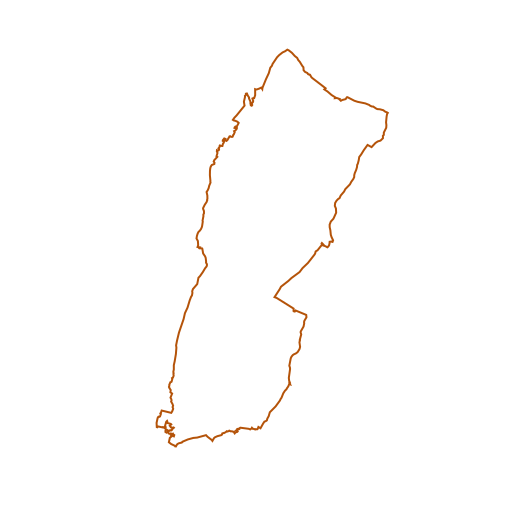 Izvoru Berheciului, Bacau, Romania, rotated 224°
{"feature_id": "2599482B69933223612688", "entity_name": "Izvoru Berheciului", "entity_type": "district", "adm_level": 2, "iso_a3": "ROU", "parent_name": "Romania", "parent_adm1": "Bacau", "projection": "albers", "projection_center": [27.223, 46.591], "detail": "fine", "context": "isolated", "style": "outline", "palette": "amber", "viewbox_px": 512, "rotation_deg": 224, "n_neighbors": 0, "source": "geoboundaries", "source_scale": "gbopen_adm2", "svg_char_len": 6070}
<svg xmlns="http://www.w3.org/2000/svg" viewBox="0 0 512 512"><g transform="rotate(224 256 256)"><path d="M367.2,337.9L366.1,338.1L364.8,338.9L362.6,339.7L360.9,339.7L359.9,336.2L360.2,334.7L360.7,334.7L360.7,333.6L360.4,333.2L359.5,334.0L359.5,335.4L358.6,334.8L358.1,333.6L358.1,331.8L358.5,330.6L357.3,330.2L356.4,327.9L356.5,327.3L356.0,326.4L355.7,325.4L356.6,324.5L357.8,324.2L357.8,323.1L358.0,323.1L357.1,319.5L357.2,318.3L358.8,317.8L359.3,319.0L360.5,318.5L360.3,316.3L359.9,315.7L358.3,315.9L357.8,314.6L357.7,313.7L356.6,311.8L357.8,310.8L358.8,310.5L358.8,310.2L357.9,308.9L357.8,307.4L357.1,307.4L356.4,306.8L356.3,305.9L356.7,305.6L356.7,305.1L357.5,304.9L356.8,304.0L355.3,303.4L353.7,300.3L352.7,300.4L352.6,296.0L352.0,294.5L350.7,294.3L349.9,293.2L351.0,290.8L350.9,289.9L350.4,288.3L349.6,287.0L348.2,285.2L345.3,282.1L340.8,278.2L340.4,277.6L339.7,277.2L338.5,274.1L337.2,271.9L336.4,269.7L336.0,267.7L333.0,265.7L330.8,263.5L330.1,262.3L329.8,262.2L329.0,260.4L328.5,257.4L327.4,253.9L326.9,253.2L324.7,252.2L323.1,250.6L322.6,249.2L321.4,248.0L319.0,244.3L318.2,243.8L315.7,240.3L315.0,239.1L314.3,237.2L314.0,235.2L314.1,233.4L313.6,231.7L312.5,229.5L311.0,227.3L308.2,226.4L305.1,223.6L304.3,221.9L302.6,223.1L302.5,222.2L302.0,222.2L300.2,224.0L299.6,223.9L295.8,221.1L292.4,220.4L290.9,219.7L288.2,217.5L287.3,216.5L285.6,216.0L284.9,215.3L284.3,214.2L284.1,211.8L283.1,207.6L282.3,202.6L282.3,200.4L278.8,195.0L278.4,188.4L277.4,186.3L276.1,185.3L274.7,183.2L274.3,181.4L272.9,178.1L269.4,171.3L267.4,165.5L264.3,160.4L258.2,147.4L254.1,140.4L251.4,136.2L249.6,134.8L245.5,129.8L241.3,123.7L239.3,120.4L236.3,117.3L234.9,115.1L233.8,114.5L233.6,113.9L232.1,112.7L231.3,110.8L231.6,109.8L230.8,109.4L229.4,106.9L229.6,106.1L229.9,105.7L228.9,103.1L228.3,102.6L227.7,101.4L227.2,101.3L227.0,101.0L224.2,100.3L222.9,98.5L220.8,98.8L219.1,94.7L217.3,94.1L216.3,93.3L215.9,92.3L213.4,91.6L211.6,90.7L211.1,89.4L209.6,88.7L209.0,87.8L208.9,87.0L208.4,86.2L208.0,84.3L216.5,79.3L215.5,77.2L215.5,76.4L214.7,76.3L213.6,73.9L214.1,72.5L214.5,72.5L214.5,71.9L214.2,71.1L211.6,66.9L208.5,64.0L208.0,64.2L208.0,65.4L203.8,68.0L204.0,68.3L203.1,68.9L203.1,69.2L202.0,68.8L201.6,69.0L202.0,70.1L203.5,70.8L205.4,74.3L205.4,75.6L204.9,75.4L204.5,74.2L204.0,74.2L200.7,76.0L200.0,76.0L200.1,74.0L198.7,73.9L198.3,73.6L196.9,74.3L196.2,75.4L195.8,75.4L196.0,72.8L195.7,72.6L195.7,71.8L195.9,71.4L196.8,71.0L196.8,70.1L198.1,69.0L198.4,69.3L200.5,68.8L199.9,67.6L198.9,66.5L197.6,66.8L197.5,67.7L196.4,68.1L195.5,67.7L194.2,68.3L194.0,69.2L192.5,69.8L192.3,70.5L191.6,70.2L190.4,70.4L189.8,69.2L192.2,68.3L192.2,67.7L191.6,67.7L191.4,67.4L191.7,65.4L189.3,61.5L186.4,61.8L182.6,63.1L181.9,62.9L181.3,63.4L181.7,64.6L181.9,66.2L181.3,67.9L179.8,70.2L179.7,71.0L179.9,71.3L177.6,76.7L174.7,81.6L172.2,84.5L167.5,92.4L165.3,92.3L160.1,92.9L158.9,92.7L159.7,95.8L159.6,97.1L158.6,99.6L156.6,102.9L156.4,104.0L157.0,104.9L156.3,106.3L156.0,106.4L155.4,108.3L155.3,109.7L154.6,109.9L153.9,111.3L153.9,111.8L152.2,112.4L151.6,113.2L150.1,113.8L149.9,114.2L149.0,114.3L148.6,113.7L148.1,113.6L148.2,114.8L147.3,116.5L147.4,117.3L148.2,117.6L149.1,116.9L149.0,118.2L149.3,118.4L149.2,118.8L147.9,119.7L147.8,120.0L148.3,120.4L148.0,121.6L141.1,126.7L139.7,127.2L139.4,128.8L139.6,129.6L138.2,129.5L138.0,129.8L136.2,130.6L136.3,130.9L134.8,132.1L134.7,132.8L135.5,134.7L133.1,135.2L134.5,140.5L134.9,142.7L134.3,143.9L134.0,145.3L134.9,146.9L135.6,149.6L137.5,153.2L137.4,161.4L138.4,168.7L138.9,170.0L139.2,171.8L141.0,176.2L141.6,179.3L141.5,181.3L141.8,182.0L142.2,184.6L143.2,187.0L142.3,187.4L144.4,188.3L144.5,188.5L144.2,188.7L145.5,189.3L147.7,191.1L153.0,198.4L154.2,199.4L155.8,200.2L159.9,206.5L160.5,208.1L160.7,210.2L160.5,211.4L159.6,213.7L159.3,215.8L160.1,219.4L161.2,221.3L164.8,224.1L165.9,226.0L166.2,226.0L169.0,231.0L170.9,232.1L171.4,232.8L172.8,238.3L174.6,241.1L175.5,241.8L176.2,243.0L177.1,246.9L177.6,247.4L179.0,248.5L189.7,244.3L189.5,243.0L190.0,242.6L190.8,242.5L192.4,244.3L211.9,240.2L214.1,239.3L215.9,248.6L216.7,251.3L215.4,260.6L215.2,264.7L213.5,274.7L214.1,279.6L213.8,287.0L214.9,297.7L215.2,298.9L216.2,300.6L216.1,301.6L215.7,302.7L216.4,310.1L217.5,310.5L217.6,311.1L215.1,311.0L214.9,310.3L212.8,311.3L210.7,311.8L210.6,312.5L210.8,314.3L211.7,315.9L212.9,317.4L211.5,319.2L211.0,319.2L210.4,318.5L211.4,320.8L214.8,322.1L216.9,323.2L220.3,326.1L223.0,327.9L224.8,329.7L226.1,332.7L226.2,336.6L228.4,342.8L231.5,345.7L234.1,346.8L235.9,349.1L236.5,351.7L236.5,354.1L236.1,355.6L237.1,358.4L237.4,363.5L238.2,366.1L238.2,372.8L239.0,375.5L239.5,379.0L240.2,381.0L241.5,382.4L242.5,384.2L243.7,387.4L245.1,390.1L246.5,391.8L246.9,393.2L248.8,396.5L250.5,398.9L250.9,402.1L252.0,407.1L252.9,413.4L248.5,414.6L248.6,420.3L248.0,423.0L246.6,425.5L246.5,428.9L248.2,430.6L248.2,431.9L249.8,433.6L251.4,438.7L253.1,440.7L255.3,442.5L258.9,447.0L260.3,449.1L260.6,450.5L261.6,450.3L263.2,449.6L265.7,449.3L268.8,447.6L270.7,446.0L271.7,445.6L275.6,444.9L276.4,444.1L278.2,443.4L279.5,443.3L283.4,441.7L290.0,437.5L293.1,436.0L300.5,433.8L300.9,433.3L300.5,431.1L302.4,428.0L302.8,426.6L305.0,426.6L305.0,427.0L305.7,426.7L307.6,425.8L308.8,424.4L309.1,425.2L313.5,424.3L318.9,424.0L322.6,423.3L322.5,425.0L339.2,423.1L340.4,423.1L343.0,423.9L343.6,423.4L344.0,423.5L344.8,423.0L346.2,423.3L348.6,422.5L350.8,422.7L353.0,424.7L354.8,424.9L359.4,426.1L361.8,426.3L364.0,427.1L367.0,426.8L371.3,427.1L375.3,426.7L376.8,426.2L377.3,423.5L378.3,420.9L378.9,416.6L378.9,413.6L377.5,405.7L376.7,403.9L376.5,401.4L373.8,396.4L371.6,390.0L368.2,381.5L367.4,380.4L369.2,380.8L370.0,378.6L371.1,376.4L371.6,375.8L372.5,375.4L368.3,371.1L367.0,368.3L367.6,367.8L368.0,366.8L365.7,365.6L365.1,364.5L365.1,363.2L364.3,362.2L363.6,362.0L363.5,361.5L363.5,361.1L364.4,360.8L365.2,361.6L365.7,361.6L367.3,363.2L370.5,364.5L371.1,365.2L373.4,365.7L375.4,366.6L375.9,366.1L376.0,365.7L375.3,365.0L375.1,364.2L375.2,363.5L374.4,362.8L371.9,358.6L368.7,356.2L367.6,343.5L367.6,340.5L367.2,337.9Z" fill="none" stroke="#b45309" stroke-width="2"/></g></svg>